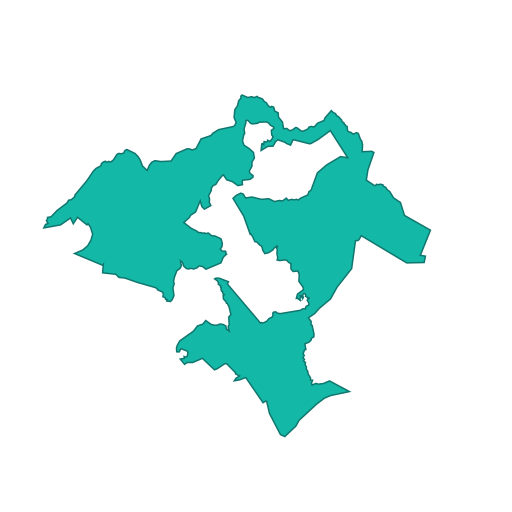 Xalpatláhuac, Guerrero, Mexico, rotated 235°
{"feature_id": "50627088B26783383987854", "entity_name": "Xalpatláhuac", "entity_type": "district", "adm_level": 2, "iso_a3": "MEX", "parent_name": "Mexico", "parent_adm1": "Guerrero", "projection": "albers", "projection_center": [-98.537, 17.429], "detail": "fine", "context": "isolated", "style": "filled", "palette": "teal", "viewbox_px": 512, "rotation_deg": 235, "n_neighbors": 0, "source": "geoboundaries", "source_scale": "gbopen_adm2", "svg_char_len": 6163}
<svg xmlns="http://www.w3.org/2000/svg" viewBox="0 0 512 512"><g transform="rotate(235 256 256)"><path d="M313.3,403.9L314.7,404.4L316.8,403.5L318.4,404.1L322.9,403.5L324.6,402.5L327.0,402.8L329.3,401.5L331.9,401.1L329.5,391.6L328.0,389.4L329.5,382.6L328.3,377.7L330.5,375.5L331.2,373.4L330.3,371.2L331.2,366.2L332.6,364.7L337.6,363.1L338.5,362.2L338.4,357.9L339.4,355.4L342.8,354.4L344.4,351.6L350.6,354.5L356.9,354.1L360.5,356.3L364.0,354.5L367.8,355.9L369.6,354.6L369.4,353.3L372.1,352.2L375.5,352.4L378.1,351.3L381.0,351.4L384.8,348.7L386.1,348.5L386.8,345.4L389.0,343.8L390.5,340.2L395.9,336.9L395.6,335.2L394.1,334.5L393.1,330.9L389.5,326.7L388.1,322.7L382.1,317.5L376.7,316.3L375.0,313.1L375.1,311.7L381.0,297.7L381.3,290.9L380.5,288.2L383.4,278.2L378.4,268.5L379.4,264.4L381.3,263.5L383.3,261.2L385.7,249.4L382.5,240.9L387.9,232.3L392.1,227.8L392.6,224.5L391.7,221.1L388.5,215.9L394.8,214.6L401.0,216.2L405.0,216.4L409.4,215.7L417.3,211.3L417.6,209.2L416.2,206.5L417.1,204.2L418.8,202.3L419.0,200.4L416.5,194.3L416.3,190.7L417.9,189.7L418.4,187.5L420.1,186.9L420.6,184.7L420.3,182.2L418.8,180.7L419.5,175.5L418.9,171.7L414.7,160.7L409.8,142.6L408.5,141.6L408.1,136.8L409.2,134.6L407.8,131.3L407.4,119.4L405.7,110.7L407.2,107.3L405.9,106.5L405.2,104.6L401.8,104.3L402.6,101.7L400.7,98.3L393.6,113.7L393.5,125.9L387.2,124.8L390.1,132.0L378.4,135.4L378.8,136.9L374.5,136.9L367.6,134.7L363.6,129.8L360.9,123.9L360.3,117.5L362.1,108.8L336.6,124.9L336.8,126.2L330.2,120.7L321.4,130.7L317.1,131.4L313.1,136.0L302.5,143.6L288.3,155.1L286.0,156.3L284.9,155.9L279.9,158.8L278.0,158.3L276.0,156.4L273.9,157.7L272.3,157.1L271.1,158.3L270.2,157.1L267.8,159.9L268.2,162.1L270.6,166.1L277.6,169.7L280.3,173.2L282.4,173.8L285.4,177.0L289.3,182.6L289.4,186.7L290.5,188.8L291.4,189.8L292.7,189.9L295.3,191.4L292.7,192.0L288.9,191.0L285.6,191.8L283.9,193.5L283.4,195.5L281.1,197.4L280.0,201.5L280.7,202.7L280.2,204.2L277.6,206.4L273.9,207.4L270.5,223.3L273.8,228.6L274.4,233.0L275.7,232.7L276.7,233.8L277.7,233.6L279.0,231.3L282.1,230.7L283.2,233.5L285.6,235.6L290.1,237.2L295.9,233.9L298.0,231.3L302.2,230.1L303.3,227.5L304.6,226.9L305.2,225.3L306.5,224.6L308.4,222.2L309.9,222.0L316.3,218.6L324.8,216.1L325.8,223.7L326.9,225.7L326.7,231.8L333.2,241.9L327.6,240.0L324.0,240.6L323.2,247.9L326.7,248.5L329.9,251.0L332.4,251.6L335.5,257.2L337.1,258.3L338.3,261.1L337.7,264.2L339.5,268.3L341.2,274.6L341.0,275.8L335.2,275.7L330.6,279.2L324.0,281.6L322.2,285.9L325.0,287.4L325.7,288.6L322.2,295.0L322.3,298.8L323.6,299.7L327.1,298.5L329.4,299.2L331.9,304.2L335.3,306.6L337.2,310.9L342.3,313.3L348.0,312.0L353.7,309.7L358.1,311.0L362.3,315.5L362.8,317.0L367.0,319.1L370.8,324.0L372.7,325.4L372.0,327.1L367.6,327.7L366.1,329.0L363.7,333.6L363.9,335.1L360.1,341.1L358.0,342.6L355.0,342.8L351.5,344.4L350.2,343.9L350.2,340.7L346.1,338.3L344.0,338.4L342.6,336.1L341.9,333.3L344.2,331.9L343.3,331.1L343.4,329.8L345.1,328.3L342.8,326.1L344.4,325.8L344.5,325.0L339.5,320.7L339.1,328.3L336.2,333.0L338.4,337.5L338.7,340.5L332.6,344.9L330.7,345.5L327.0,347.9L330.0,353.2L317.2,364.2L316.6,365.6L315.8,373.7L316.1,388.8L283.9,387.5L288.9,382.3L290.1,366.2L288.9,354.0L278.3,338.8L278.4,336.4L276.3,333.4L277.8,325.8L277.6,322.7L279.1,321.8L280.1,319.4L281.9,317.8L283.1,314.4L286.0,314.0L285.9,309.3L288.1,306.9L290.0,302.4L295.6,299.3L299.4,292.8L306.6,286.6L309.5,280.8L314.2,281.0L316.2,279.6L317.0,274.7L316.4,270.2L295.7,268.8L277.1,263.7L277.0,264.4L274.1,264.4L268.4,263.3L267.1,264.7L262.8,265.3L260.8,266.3L256.5,264.8L252.9,264.6L251.5,268.1L251.3,273.5L252.1,275.4L252.2,279.0L251.3,279.0L250.6,277.3L249.1,277.1L246.1,274.6L241.9,272.7L240.6,271.0L238.7,272.7L236.5,277.0L234.8,278.7L231.9,279.1L229.8,280.2L225.3,277.2L222.0,277.5L219.7,281.7L216.0,280.8L210.7,276.6L203.0,276.6L201.2,275.4L201.0,268.1L198.1,264.7L197.6,265.7L193.2,267.1L195.9,267.1L196.5,269.9L198.9,268.8L196.8,270.6L194.3,269.8L195.0,271.0L197.5,271.9L197.8,273.6L197.3,274.4L195.5,274.4L194.5,273.4L193.0,274.3L191.8,274.1L191.3,276.0L190.5,272.6L186.8,272.2L185.5,270.9L186.0,268.8L185.5,267.1L184.3,266.2L186.0,263.8L186.0,261.4L194.8,243.0L196.9,240.7L198.7,240.3L199.9,238.5L199.6,236.9L197.6,235.9L196.7,234.1L197.3,230.9L196.4,227.2L197.0,223.4L198.4,222.2L198.4,221.2L249.5,216.5L250.7,218.7L259.1,213.0L260.8,210.5L261.0,209.0L258.0,210.1L255.2,209.9L254.5,208.9L251.7,210.0L251.1,209.1L249.7,209.3L249.2,208.4L247.0,207.6L246.3,208.2L244.0,207.3L242.5,207.8L242.5,206.4L239.5,204.7L235.1,205.2L234.3,204.7L233.5,205.3L229.7,204.7L222.4,201.8L221.6,198.6L214.9,194.5L214.4,193.0L213.1,192.1L209.8,191.0L213.3,189.8L216.0,191.2L218.9,189.7L221.1,187.3L221.5,184.7L223.2,182.2L225.8,180.0L232.0,177.8L230.7,173.6L232.3,167.9L230.3,161.7L230.2,144.9L228.0,140.3L226.3,138.1L223.0,136.1L221.5,138.0L223.1,141.4L217.4,145.2L216.5,145.1L213.3,142.4L213.7,140.2L214.9,139.5L213.3,138.6L215.0,134.8L208.2,135.4L208.2,138.6L205.1,143.0L202.9,153.4L186.6,156.7L185.9,159.3L185.7,168.7L184.5,170.2L172.0,172.3L171.2,171.6L167.2,173.7L167.3,169.4L166.2,166.7L164.1,171.2L162.3,177.9L131.8,177.6L131.6,180.5L130.9,181.4L119.2,176.7L95.7,173.6L91.6,176.0L93.8,191.1L96.7,197.1L99.9,220.5L100.3,230.4L98.9,237.1L91.4,254.7L111.5,244.6L112.9,238.0L115.3,233.5L117.2,232.1L118.2,227.9L119.9,228.4L121.8,231.1L123.1,229.5L125.1,230.8L129.4,231.0L132.0,232.3L134.3,232.3L136.2,233.6L139.1,234.0L140.5,235.5L142.6,234.6L143.6,236.5L145.9,236.0L146.7,238.4L149.1,238.7L151.2,242.0L150.8,243.2L156.0,245.6L155.0,250.0L155.5,252.9L156.8,254.2L156.6,257.0L158.7,258.7L167.0,262.2L168.0,261.6L170.9,263.7L175.3,263.4L175.2,271.1L176.8,277.8L178.1,292.5L184.0,304.6L190.8,327.1L211.5,346.3L210.2,348.3L210.3,349.7L212.2,353.9L163.9,375.5L154.2,390.0L158.7,394.7L162.3,391.0L177.1,413.7L204.1,400.9L217.0,405.0L224.8,402.0L231.9,402.5L235.1,401.5L237.6,401.7L240.5,400.3L241.4,400.8L243.5,399.1L244.1,397.3L245.6,395.8L245.1,394.4L246.1,393.3L254.9,389.9L262.3,397.0L273.2,412.0L275.5,410.7L280.5,402.8L286.2,407.2L289.4,408.5L291.8,408.5L297.7,410.1L299.4,409.0L300.1,405.5L303.0,404.6L304.4,403.2L306.3,402.9L309.9,405.0L311.2,404.0L312.3,404.4L313.3,403.9Z" fill="#14b8a6" stroke="#0f766e" stroke-width="1.5"/></g></svg>